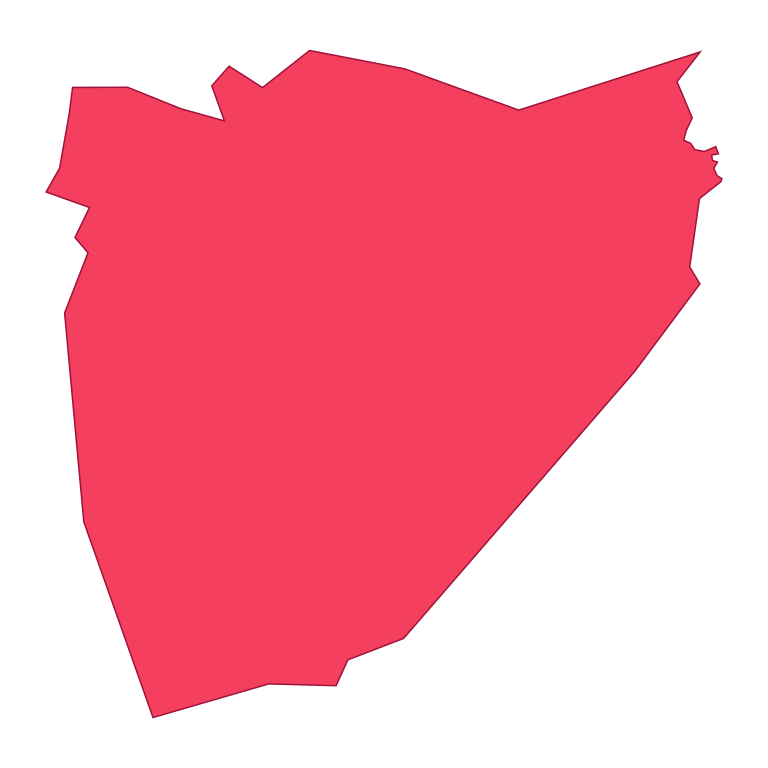 Van Buren, Tennessee, United States of America (Albers equal-area conic projection)
{"feature_id": "52423323B15759213794066", "entity_name": "Van Buren", "entity_type": "district", "adm_level": 2, "iso_a3": "USA", "parent_name": "United States of America", "parent_adm1": "Tennessee", "projection": "albers", "projection_center": [-85.405, 35.678], "detail": "fine", "context": "isolated", "style": "filled", "palette": "rose", "viewbox_px": 768, "rotation_deg": 0, "n_neighbors": 0, "source": "geoboundaries", "source_scale": "gbopen_adm2", "svg_char_len": 654}
<svg xmlns="http://www.w3.org/2000/svg" viewBox="0 0 768 768"><path d="M403.6,638.4L634.6,371.5L699.9,283.9L689.7,267.0L699.5,198.5L720.9,181.7L721.9,178.7L717.0,175.6L713.8,168.2L717.5,162.1L712.4,160.4L711.7,155.0L718.5,153.8L715.7,146.7L704.3,151.5L694.7,149.6L690.7,143.4L683.7,140.2L686.1,130.9L692.2,117.8L677.0,81.7L700.2,51.9L518.7,110.1L404.9,68.9L309.6,50.5L262.5,87.6L229.1,66.2L211.8,85.8L224.4,120.9L180.7,108.7L127.7,87.3L72.6,87.4L69.2,113.9L59.6,168.2L46.1,192.0L89.5,207.5L75.0,237.5L88.0,252.8L64.6,313.0L83.8,521.8L153.0,717.5L268.8,683.9L336.1,685.7L347.9,659.8L403.6,638.4Z" fill="#f43f5e" stroke="#9f1239" stroke-width="1.5"/></svg>